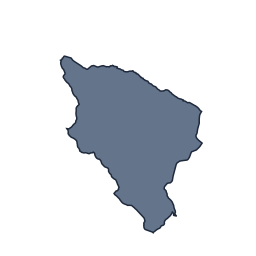 Rona De Sus, Maramures, Romania (Robinson projection), rotated 43°
{"feature_id": "2599482B84873154480741", "entity_name": "Rona De Sus", "entity_type": "district", "adm_level": 2, "iso_a3": "ROU", "parent_name": "Romania", "parent_adm1": "Maramures", "projection": "robinson", "projection_center": [24.07, 47.888], "detail": "fine", "context": "isolated", "style": "filled", "palette": "slate", "viewbox_px": 256, "rotation_deg": 43, "n_neighbors": 0, "source": "geoboundaries", "source_scale": "gbopen_adm2", "svg_char_len": 5790}
<svg xmlns="http://www.w3.org/2000/svg" viewBox="0 0 256 256"><g transform="rotate(43 128 128)"><path d="M217.9,187.4L217.7,186.8L217.7,186.7L218.0,185.4L218.1,184.7L218.2,183.6L218.6,181.9L218.9,181.1L219.2,180.4L219.5,179.7L219.5,178.6L219.1,177.3L219.2,176.9L219.4,176.3L219.9,175.4L220.1,174.9L220.2,174.1L219.9,173.2L219.7,172.9L219.1,172.5L218.7,172.0L218.2,170.6L218.1,170.0L218.1,169.0L218.2,168.3L218.4,167.7L218.5,167.2L218.5,166.5L218.5,165.7L218.6,164.7L218.7,164.1L218.7,163.4L218.6,162.4L218.2,160.6L218.1,160.0L217.7,159.4L217.7,159.2L217.8,159.2L218.1,159.2L219.8,159.5L220.0,159.6L220.3,160.0L220.5,160.5L220.9,160.7L221.4,160.6L222.4,159.9L223.3,159.5L223.7,159.2L223.1,159.3L221.9,159.1L221.0,158.8L220.6,158.5L220.5,158.3L220.2,157.4L219.5,156.7L218.7,156.2L217.5,155.7L216.6,155.2L215.7,154.7L214.6,153.8L213.7,153.2L212.5,152.8L211.8,152.4L210.8,152.0L210.0,151.8L208.5,151.6L205.3,151.6L204.3,151.2L203.5,151.1L202.4,150.5L202.2,150.3L202.0,150.0L201.6,149.6L200.8,149.2L199.6,148.7L199.4,148.5L198.7,148.0L197.8,147.9L196.0,147.9L194.9,146.5L194.6,145.1L194.5,141.8L194.8,141.1L196.4,139.1L196.5,137.2L196.2,136.1L193.9,132.6L188.1,121.8L187.7,120.0L188.4,117.0L189.3,115.7L193.0,111.2L193.3,110.1L192.9,107.6L190.9,102.8L190.8,101.9L193.0,97.4L193.2,92.8L192.5,88.5L187.9,88.8L186.1,88.7L184.6,88.4L183.8,88.0L183.3,87.6L182.7,87.0L182.6,86.7L182.3,85.6L181.9,84.6L179.6,81.2L177.0,76.2L176.7,75.8L175.8,74.8L174.7,73.7L172.9,71.5L172.0,70.2L171.4,69.3L171.1,68.2L170.8,66.9L170.5,65.7L169.7,65.9L169.0,66.0L167.2,65.7L166.1,65.5L165.3,65.5L164.4,65.5L162.3,65.8L160.1,66.4L158.2,66.8L155.5,67.5L154.3,68.9L153.8,69.0L152.4,69.2L151.9,69.3L151.2,69.5L150.2,70.2L149.8,70.5L149.4,69.8L147.0,70.7L146.2,71.2L144.3,72.1L142.4,72.2L140.9,72.6L138.4,72.9L137.7,72.9L136.8,73.1L135.9,72.8L135.4,72.8L134.4,73.0L133.3,73.0L132.3,72.9L131.3,73.2L130.6,73.5L129.6,74.3L129.4,74.7L129.2,75.6L128.7,76.6L128.2,77.2L127.0,78.4L126.3,79.0L125.3,78.9L123.4,79.3L122.4,79.3L120.7,79.0L120.1,79.0L117.8,80.0L116.0,80.0L115.5,79.9L115.1,79.9L114.7,80.2L114.3,80.4L113.1,80.6L112.7,80.8L112.2,80.9L111.7,80.6L111.2,80.4L110.4,80.3L109.6,80.8L108.5,81.2L108.3,81.5L108.1,81.6L107.7,81.4L107.2,81.4L106.2,81.8L105.6,81.8L105.5,81.5L105.3,81.4L104.9,81.4L104.5,81.7L103.9,82.0L103.4,81.9L103.0,81.9L102.9,82.2L102.5,82.2L102.2,82.0L100.9,82.0L100.4,82.0L99.2,81.8L98.8,81.8L98.2,82.1L97.5,82.1L97.2,82.5L96.8,82.5L96.4,82.2L96.2,82.3L96.0,82.5L95.5,82.6L95.2,82.5L94.7,82.9L93.4,83.1L93.0,82.9L92.6,82.8L92.3,83.1L92.2,83.6L91.9,83.8L91.7,84.3L91.0,84.7L90.6,85.2L90.2,85.6L89.7,86.7L88.9,87.7L87.0,89.1L86.4,89.3L86.0,89.3L85.4,89.1L85.0,89.1L84.2,89.6L83.6,89.9L82.0,90.2L81.6,90.4L81.0,90.9L80.4,91.2L79.3,91.4L79.1,91.6L78.6,90.7L78.2,90.8L77.1,91.4L76.6,91.8L76.3,92.2L76.0,92.5L75.7,92.5L75.2,92.3L73.9,92.8L73.9,93.3L73.7,93.6L73.5,93.9L72.9,94.4L73.0,94.6L72.6,95.4L72.7,96.0L71.3,97.0L70.2,98.1L67.5,99.2L66.3,100.7L64.8,103.4L64.0,104.3L60.3,105.7L59.0,107.5L58.3,112.7L57.5,113.3L55.7,113.6L54.2,114.4L51.4,114.5L43.0,116.0L41.3,116.1L38.7,115.6L32.7,118.6L32.3,119.3L32.7,121.0L32.4,121.9L33.0,123.0L32.4,124.5L33.0,124.7L33.4,124.8L33.7,125.1L33.9,125.3L34.2,126.1L34.6,126.5L35.3,127.1L37.4,128.3L39.1,129.0L39.4,129.1L40.3,129.1L40.9,129.2L42.1,129.6L43.5,130.3L44.3,130.7L44.8,131.0L45.0,131.3L45.1,131.6L45.2,133.5L45.5,134.4L45.6,134.6L46.2,135.1L46.9,135.3L48.2,135.5L49.6,136.0L50.4,136.0L51.2,136.2L51.8,136.2L52.2,136.3L53.7,136.1L54.5,136.1L57.3,137.0L58.0,137.0L58.5,137.0L59.2,137.2L60.3,137.8L61.1,138.5L61.9,139.1L63.0,139.5L63.7,140.0L64.7,140.4L66.0,140.7L67.0,140.9L68.8,140.7L71.2,141.5L72.2,141.7L74.7,143.4L76.1,143.9L76.2,145.5L76.0,145.9L76.2,146.9L76.1,147.6L76.6,148.9L77.1,149.4L77.8,150.1L78.5,150.9L79.8,152.6L80.5,153.3L82.1,154.6L82.8,154.9L83.4,155.4L83.9,155.9L84.4,156.3L84.6,156.8L84.9,158.0L85.1,158.5L85.9,159.5L86.0,160.0L86.0,160.8L85.8,162.4L85.9,162.9L85.8,163.3L85.8,163.8L86.0,164.4L86.0,166.0L85.9,166.7L85.6,167.1L85.6,168.2L85.2,169.2L84.0,169.9L83.6,170.2L83.9,170.3L85.5,170.5L85.9,170.7L86.7,171.4L87.3,172.0L87.9,172.8L88.3,173.1L89.2,173.1L90.2,173.6L91.5,173.4L92.3,173.5L93.6,173.2L94.3,172.9L94.9,172.7L95.9,172.5L96.3,172.5L97.1,172.3L98.0,172.3L99.3,172.5L99.5,172.6L100.2,173.0L101.2,173.9L102.4,174.7L102.8,175.0L103.0,175.4L103.8,175.9L104.7,176.3L105.5,176.3L106.7,176.6L107.6,177.0L107.8,177.1L108.0,177.4L108.1,177.6L108.6,177.7L108.9,177.7L109.3,177.5L110.7,177.4L112.2,176.6L113.0,176.1L113.3,175.5L114.6,174.5L115.6,174.1L116.5,173.7L117.1,173.3L117.8,171.5L118.8,170.5L119.1,170.0L119.0,169.6L119.0,169.4L119.3,169.3L120.2,169.1L120.9,169.4L122.7,170.6L124.3,171.2L125.0,171.3L125.7,171.4L126.5,171.3L127.4,171.0L128.5,170.3L128.9,170.3L129.7,170.4L130.4,170.5L131.8,171.1L132.2,171.5L132.7,171.7L133.4,171.9L133.9,172.1L135.1,172.1L137.2,172.3L140.4,171.1L141.0,171.1L141.6,171.3L142.2,171.7L142.9,172.5L143.6,173.1L144.0,173.2L145.7,173.7L147.2,173.6L147.7,173.8L148.4,174.3L148.9,174.6L149.5,174.8L152.0,174.8L154.1,174.3L154.7,174.3L156.6,175.2L157.6,175.6L158.8,176.3L159.8,176.6L160.9,177.1L161.8,177.4L162.2,178.5L162.6,179.1L162.9,179.3L162.9,180.0L162.9,180.3L163.0,180.8L162.9,181.2L162.7,181.6L162.3,182.1L162.3,182.8L162.3,183.3L162.4,185.4L163.7,185.7L164.4,185.7L165.1,185.6L165.9,185.5L170.2,185.7L171.1,186.0L172.9,186.3L174.2,186.5L176.0,186.4L178.2,185.6L178.9,185.2L180.0,185.0L180.7,184.7L181.6,183.6L182.2,183.3L183.4,182.2L187.1,182.0L188.3,182.1L189.9,182.0L193.6,182.3L200.9,182.8L202.2,183.4L203.2,184.1L203.9,184.5L204.1,185.2L204.1,185.8L204.2,186.2L204.4,186.5L204.6,187.0L205.4,187.5L205.6,188.1L206.7,189.1L207.6,189.9L208.5,190.3L209.6,190.5L210.7,190.1L213.0,189.1L214.4,188.5L214.8,188.3L216.5,187.6L217.9,187.4Z" fill="#64748b" stroke="#1e293b" stroke-width="1.5"/></g></svg>